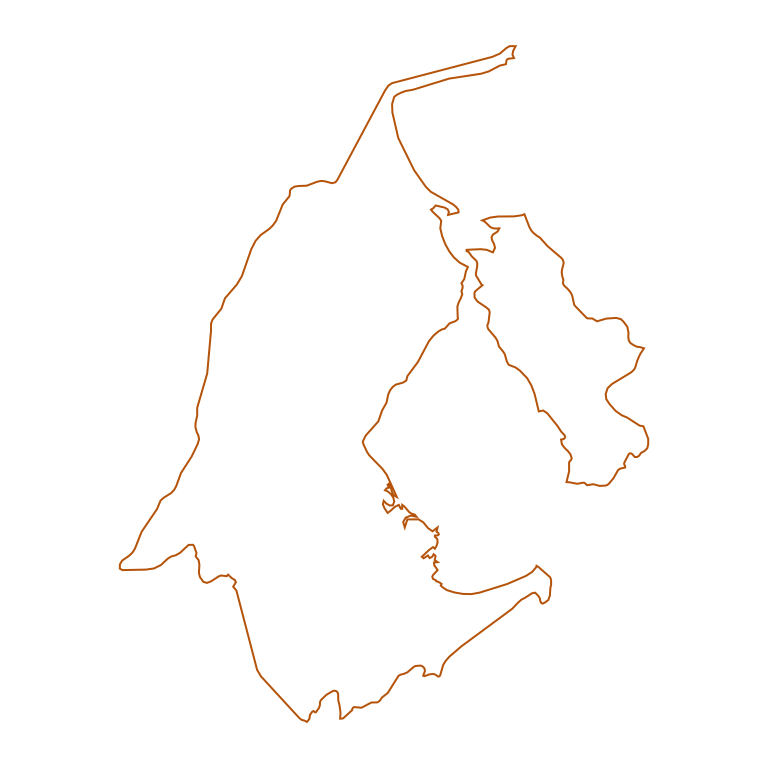 Zulia, Mercator projection
{"feature_id": "VEN-31", "entity_name": "Zulia", "entity_type": "State", "adm_level": 1, "iso_a3": "VEN", "parent_name": "Venezuela", "parent_adm1": "", "projection": "mercator", "projection_center": [-71.765, 10.117], "detail": "fine", "context": "isolated", "style": "outline", "palette": "amber", "viewbox_px": 768, "rotation_deg": 0, "n_neighbors": 0, "source": "natural_earth", "source_scale": "10m", "svg_char_len": 6103}
<svg xmlns="http://www.w3.org/2000/svg" viewBox="0 0 768 768"><path d="M509.8,46.1L515.6,46.2L513.1,51.0L512.5,54.6L514.0,58.1L508.7,58.7L507.2,59.3L506.4,60.8L505.9,64.2L499.8,65.6L488.8,71.4L481.2,73.7L449.1,78.6L413.1,89.7L405.7,91.0L401.0,92.7L396.7,94.9L394.2,96.9L392.1,104.1L392.4,112.6L398.3,138.1L414.1,170.2L425.8,186.8L430.8,191.8L453.2,204.5L456.1,206.9L458.3,209.7L458.6,212.4L448.1,214.9L448.9,211.9L447.6,209.3L444.7,207.6L435.7,205.5L433.3,208.2L431.0,209.6L432.7,211.8L439.6,218.3L441.2,220.8L440.3,228.4L442.2,236.3L445.4,244.4L449.2,251.2L453.8,257.3L459.8,262.7L467.9,267.0L465.9,271.4L464.3,279.0L461.4,283.3L462.3,284.8L462.7,286.8L462.3,289.0L461.4,291.2L462.3,294.2L460.8,298.2L458.6,302.6L457.4,306.6L457.7,317.3L458.0,318.4L457.7,319.2L456.1,320.7L454.8,321.4L449.6,323.3L444.8,328.7L441.7,329.5L438.5,331.4L433.7,335.4L429.0,341.1L417.9,362.0L407.4,376.1L406.3,380.5L403.3,382.5L395.6,384.7L392.6,387.1L390.0,390.5L388.2,394.5L386.5,402.7L382.1,410.5L378.3,421.4L365.6,435.7L362.8,441.5L363.4,444.2L367.0,451.9L369.3,455.4L382.4,468.8L386.8,474.9L396.8,497.0L393.4,495.0L391.8,491.4L390.7,487.2L389.0,483.6L387.6,484.8L389.0,487.6L386.5,488.4L385.0,490.2L387.9,491.5L390.9,494.1L393.3,497.5L394.2,501.5L392.9,505.3L389.8,505.5L386.2,503.5L383.7,500.8L382.9,504.4L384.5,508.2L387.6,512.9L390.5,510.8L394.8,506.9L398.8,504.9L400.8,508.8L402.2,508.8L402.2,504.9L404.2,506.3L409.3,512.2L411.3,513.5L414.9,514.7L416.5,516.8L410.7,515.6L405.7,517.7L403.2,522.0L404.8,527.4L407.4,519.4L418.6,519.4L423.4,522.4L427.9,528.0L432.5,531.3L437.6,527.4L436.9,530.6L436.4,531.5L438.4,533.1L438.8,534.5L437.7,535.4L434.9,535.5L434.9,536.8L437.3,539.0L437.6,542.4L436.5,545.9L434.9,548.7L433.0,547.1L429.2,549.9L421.8,556.8L423.6,558.3L427.9,555.5L429.7,558.1L432.3,556.7L433.7,554.2L435.6,556.0L434.7,560.1L437.6,562.1L434.0,562.5L434.2,565.1L437.6,570.1L433.0,575.1L432.3,576.7L432.9,578.8L435.7,580.2L436.4,581.4L437.5,581.5L439.9,582.7L441.6,584.0L440.7,585.5L442.5,587.2L446.8,590.1L454.6,592.5L462.9,593.9L471.5,594.1L479.7,592.6L507.2,584.0L526.0,575.9L532.2,571.9L536.1,567.3L536.5,565.8L538.7,567.2L550.2,577.3L551.1,580.2L551.1,584.8L550.4,587.7L549.9,595.6L548.3,600.0L545.2,602.4L542.6,603.6L541.1,602.9L540.2,600.7L539.9,598.5L538.5,596.1L535.2,592.7L532.1,593.2L524.7,598.0L521.6,599.5L517.8,602.9L512.3,608.7L461.3,646.4L449.3,656.7L445.5,661.1L443.2,664.9L440.1,675.5L439.2,676.4L438.3,676.6L435.1,674.5L433.0,673.9L429.4,674.4L424.6,676.1L423.5,676.0L423.3,675.2L424.8,671.6L424.9,670.5L424.5,668.5L423.3,667.0L421.7,665.9L420.3,665.6L415.6,666.0L414.1,666.6L407.3,672.4L403.7,673.9L401.1,674.5L398.6,675.7L387.8,692.9L382.0,697.5L380.0,700.5L378.5,701.7L377.3,702.4L371.4,702.5L361.7,707.6L360.7,707.7L354.9,707.1L353.5,707.3L352.3,708.7L352.2,710.1L343.2,718.3L341.5,718.7L340.1,718.7L340.5,712.8L339.6,705.8L338.3,700.5L338.1,693.9L337.3,692.0L336.2,691.1L334.6,690.7L332.7,691.1L326.4,694.8L321.0,700.0L320.1,701.7L319.9,705.1L318.9,708.1L315.8,712.3L315.0,712.3L313.5,711.0L312.2,711.7L310.0,714.9L309.3,719.1L306.9,721.9L305.1,720.9L301.4,719.7L299.1,717.8L260.9,676.3L257.1,669.8L236.4,590.5L233.2,586.7L235.9,582.2L234.9,580.0L231.7,578.1L228.1,574.6L226.6,576.2L221.3,575.5L219.0,576.2L210.9,581.4L207.0,582.9L203.4,581.9L200.0,577.2L198.9,573.0L199.4,564.8L198.6,560.1L195.7,556.4L196.5,553.2L194.1,546.2L193.0,544.8L188.6,544.9L180.2,552.7L175.9,555.2L171.0,556.6L167.6,558.8L161.0,565.0L154.1,568.4L146.1,569.6L122.4,570.1L119.8,568.6L119.9,564.4L122.1,560.6L129.2,555.7L132.6,552.4L135.0,548.5L141.6,531.8L157.0,509.1L160.6,500.5L163.4,497.9L171.1,493.1L174.2,489.8L176.2,486.2L181.0,473.0L191.6,456.6L197.6,444.2L199.1,439.2L198.4,435.6L196.7,432.0L195.4,427.0L195.6,423.0L197.2,415.4L197.2,407.8L207.2,373.5L211.0,330.8L211.1,323.3L212.6,319.5L221.4,308.6L224.9,298.4L236.8,284.6L241.9,276.1L251.2,249.4L255.6,240.8L260.7,235.0L269.0,229.1L272.6,225.7L276.1,220.9L282.7,204.5L289.3,196.4L289.8,194.5L290.0,190.7L290.9,189.0L294.3,186.7L298.4,186.0L306.7,185.7L317.3,181.7L321.2,180.9L324.9,181.3L332.0,183.2L335.4,182.3L337.4,179.8L385.1,90.4L388.4,85.6L392.2,83.1L492.2,56.9L499.9,53.6L506.4,48.0L509.8,46.1ZM566.5,482.1L569.1,471.4L569.1,462.2L571.2,459.7L571.7,458.2L570.4,454.2L568.0,451.2L564.7,448.0L561.9,444.3L561.1,439.5L563.2,439.2L564.5,438.5L565.1,436.8L564.6,435.3L561.1,431.5L557.6,426.1L547.3,413.3L543.2,410.5L538.8,411.4L534.6,394.0L531.3,385.3L527.1,378.1L519.8,370.5L515.4,367.4L508.7,364.8L506.9,361.6L504.7,354.0L503.0,351.4L499.0,346.6L497.4,340.8L495.5,337.6L488.4,329.3L487.6,327.4L487.3,325.5L488.5,322.4L489.7,312.3L489.0,309.8L486.1,307.3L477.5,301.5L474.6,297.5L474.5,292.6L475.4,291.1L482.5,285.2L481.6,284.7L476.2,275.8L475.8,273.8L477.2,266.1L477.2,263.2L476.5,260.9L471.8,256.4L468.5,251.8L466.6,251.1L466.6,249.8L480.6,249.2L486.7,249.8L492.9,252.4L495.0,247.9L494.1,244.1L492.3,240.6L491.5,237.6L492.8,234.7L497.5,231.6L499.3,228.4L494.4,228.5L492.6,228.1L490.3,227.0L484.7,221.6L482.3,220.4L490.5,217.5L498.2,216.5L514.0,216.4L522.1,215.2L524.4,214.2L529.3,226.9L531.3,230.5L533.3,232.8L537.0,235.8L540.0,237.7L547.5,246.1L561.5,258.1L563.0,260.1L563.7,263.0L561.9,270.2L561.7,272.5L562.2,276.0L563.4,280.0L562.9,283.2L563.5,284.6L564.7,286.2L567.7,288.9L570.8,292.7L572.2,295.8L574.2,304.8L575.6,306.5L586.6,317.9L587.7,318.4L592.4,318.5L597.0,321.3L606.3,318.6L616.3,317.9L620.9,319.2L623.5,321.7L627.3,326.7L628.5,332.6L628.3,337.4L628.8,340.5L630.4,343.0L633.5,345.1L637.1,346.8L639.9,347.1L644.0,348.3L640.6,353.4L639.0,356.6L637.1,361.1L635.2,367.6L633.9,369.8L631.1,372.4L612.0,384.0L607.6,388.2L605.7,394.0L606.3,399.2L609.5,404.0L615.5,410.8L621.8,415.3L627.2,417.6L639.6,425.6L643.4,426.3L648.2,438.8L648.2,444.3L647.3,448.2L644.4,451.1L640.9,453.0L639.3,455.6L637.0,457.0L634.8,457.0L632.1,454.0L631.0,453.4L629.6,453.4L628.8,454.1L624.2,462.9L624.2,464.2L625.2,466.5L625.1,467.5L620.0,468.7L618.0,470.2L613.6,478.0L608.7,484.0L607.0,485.1L605.4,485.6L599.6,485.9L593.3,484.2L587.0,485.2L585.1,483.3L584.1,482.8L582.8,482.7L577.3,483.8L569.5,482.3L566.5,482.1Z" fill="none" stroke="#b45309" stroke-width="2"/></svg>